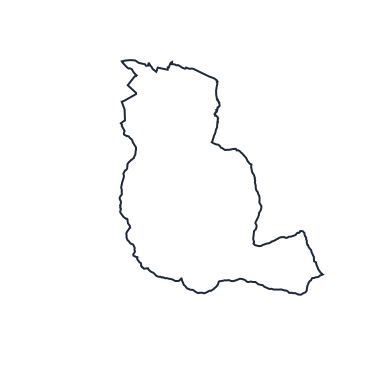 the district of Ojdula, Covasna, Romania, rotated 55°
{"feature_id": "2599482B36842816770363", "entity_name": "Ojdula", "entity_type": "district", "adm_level": 2, "iso_a3": "ROU", "parent_name": "Romania", "parent_adm1": "Covasna", "projection": "orthographic", "projection_center": [26.315, 45.972], "detail": "fine", "context": "isolated", "style": "outline", "palette": "slate", "viewbox_px": 384, "rotation_deg": 55, "n_neighbors": 0, "source": "geoboundaries", "source_scale": "gbopen_adm2", "svg_char_len": 6080}
<svg xmlns="http://www.w3.org/2000/svg" viewBox="0 0 384 384"><g transform="rotate(55 192 192)"><path d="M278.4,244.9L278.6,244.2L280.2,241.6L280.8,241.0L281.7,240.4L282.1,239.8L282.6,237.7L282.9,234.3L283.7,233.3L283.9,232.7L283.8,231.4L284.0,230.2L283.6,228.0L283.6,227.2L283.3,225.5L282.9,224.8L283.0,224.6L282.7,224.0L280.8,221.4L280.8,220.9L282.3,217.9L283.2,215.7L284.2,214.5L285.0,212.9L285.3,212.4L287.3,211.0L288.4,209.7L289.4,207.5L289.5,206.5L290.1,204.7L290.3,203.1L290.7,202.4L291.6,201.3L292.9,200.1L294.7,199.0L296.6,198.6L297.7,198.0L298.2,197.3L299.0,195.3L300.4,194.0L302.1,191.7L305.6,190.6L306.3,190.1L308.8,187.6L311.1,187.1L315.7,184.3L316.9,182.4L319.0,180.8L320.0,179.2L321.4,177.4L322.7,175.3L323.4,174.4L325.7,172.6L327.1,171.1L328.8,170.4L330.4,170.2L331.1,169.3L331.6,168.2L333.0,167.1L334.2,165.3L336.8,163.9L338.1,162.4L338.5,161.8L338.8,160.3L338.7,158.8L339.1,157.6L339.2,156.8L338.9,155.2L338.4,154.4L337.4,153.8L336.6,152.7L336.3,152.6L334.8,150.9L332.8,147.7L332.6,147.0L332.5,145.0L331.5,143.2L331.6,142.7L332.5,141.1L332.7,139.9L334.0,137.5L334.0,136.3L333.9,134.9L334.6,132.2L331.9,132.9L328.0,132.9L322.8,131.7L320.6,130.8L319.3,131.6L318.7,131.7L316.4,130.2L316.0,130.1L315.0,129.4L312.5,129.1L311.8,128.8L310.1,128.7L308.1,127.8L307.4,127.7L306.1,128.0L304.4,128.0L303.2,127.8L302.2,127.4L301.8,127.8L301.4,127.7L299.4,127.1L298.0,126.0L296.2,125.6L294.7,124.6L293.1,124.7L290.9,124.0L290.2,123.4L289.6,123.6L288.2,123.6L287.3,124.1L286.1,125.7L286.1,126.0L286.8,126.8L286.9,127.3L286.8,128.0L285.9,128.9L286.0,130.3L286.6,131.6L286.6,132.0L285.4,136.3L284.2,138.3L284.1,140.1L283.8,140.9L283.2,141.7L282.0,142.2L281.4,142.8L280.9,143.9L280.4,144.4L280.1,144.9L279.4,147.4L279.6,148.3L279.3,149.3L279.2,151.6L279.0,152.5L278.5,154.8L278.2,155.4L278.4,155.7L278.4,156.1L278.3,157.3L278.2,158.1L276.9,161.0L276.4,163.1L276.0,163.9L275.9,166.1L275.0,167.9L272.5,170.2L271.7,170.8L269.8,171.2L269.5,171.2L269.1,170.7L268.8,169.9L265.5,168.8L260.8,164.6L260.1,164.1L259.6,163.4L259.0,160.8L258.2,160.0L257.7,159.2L257.0,158.6L255.6,158.1L254.0,158.0L253.3,157.4L250.6,152.4L249.1,150.3L247.8,149.4L246.5,146.5L245.6,145.1L243.9,143.6L243.4,143.3L239.3,142.9L236.0,140.3L233.8,139.2L231.3,138.8L229.6,138.2L227.9,138.4L225.4,137.6L223.6,136.3L220.0,134.9L219.0,133.7L217.4,133.2L216.7,132.5L213.6,131.5L210.5,131.4L209.9,131.2L205.4,129.2L203.5,127.5L202.7,128.1L201.4,128.6L200.9,128.5L198.4,128.7L195.3,128.1L189.1,128.8L187.5,129.3L186.3,129.4L184.9,129.9L184.2,130.3L183.5,131.6L182.7,131.4L181.7,131.4L181.5,131.9L180.2,133.9L179.6,135.6L179.2,136.1L179.0,137.0L177.5,139.1L176.9,140.3L176.3,141.0L173.6,142.0L172.2,142.9L170.3,142.8L168.5,143.3L167.8,143.8L167.2,144.7L163.8,146.8L162.6,147.2L162.4,146.7L159.3,142.5L158.5,141.7L157.7,140.1L155.9,137.8L154.9,136.9L153.4,134.3L151.4,132.9L151.0,132.3L150.4,131.9L149.9,131.7L149.9,131.1L149.4,130.4L149.2,130.3L148.8,130.5L148.5,130.1L148.0,129.9L147.1,129.0L146.9,128.4L146.6,128.3L146.0,128.4L145.3,128.1L143.6,128.5L143.2,128.7L142.8,129.2L142.4,128.8L142.0,128.9L141.7,128.5L141.0,128.8L140.8,128.3L140.9,127.8L140.4,127.4L140.2,126.9L140.3,126.4L140.5,126.1L140.4,125.7L139.8,125.5L139.8,125.1L139.3,125.2L138.8,125.0L139.1,124.5L139.1,124.2L138.9,123.9L138.6,123.9L138.4,123.2L137.8,123.0L137.5,122.7L137.4,122.0L137.6,121.7L137.4,121.1L137.5,120.6L137.3,120.0L135.6,119.0L134.7,118.9L134.5,118.5L134.1,118.6L133.4,118.3L132.9,118.5L132.8,118.3L131.7,118.0L131.1,118.5L130.4,118.0L130.1,118.3L128.7,117.5L127.1,116.9L122.7,114.1L121.1,112.4L120.4,111.9L118.0,109.3L117.4,108.9L116.3,108.7L116.3,107.8L114.3,107.7L113.7,108.1L112.3,108.4L111.1,109.0L106.9,111.9L92.2,120.1L90.9,121.2L89.7,123.3L88.5,124.3L86.7,125.4L87.2,126.4L86.9,127.1L84.8,128.6L80.3,130.4L79.4,132.0L77.9,132.8L76.5,134.1L75.8,135.1L74.1,133.8L74.0,135.3L74.1,135.7L76.1,138.8L76.7,139.4L76.0,140.3L77.9,141.8L70.5,148.7L73.0,152.3L68.8,153.6L66.0,153.4L64.6,153.6L61.9,153.4L61.8,153.9L63.0,155.2L63.3,155.3L62.2,157.3L60.3,157.3L55.8,161.5L51.8,163.0L49.4,165.8L48.4,167.2L46.0,171.3L44.8,174.4L46.1,174.2L46.2,174.7L53.3,173.6L54.6,173.0L55.1,171.9L56.9,170.9L60.9,171.2L62.4,170.9L63.2,171.0L64.7,170.4L65.0,171.4L64.5,172.4L64.5,172.9L67.7,183.4L78.6,181.0L79.7,181.6L78.5,194.6L77.8,197.8L85.6,199.8L95.0,205.9L94.8,206.9L94.9,210.9L96.9,210.8L97.6,211.6L103.2,212.2L103.8,212.6L104.3,213.6L104.6,214.0L105.8,214.7L106.6,214.5L107.7,213.8L108.8,213.4L109.0,212.9L110.1,212.0L112.3,211.8L114.7,211.3L115.4,211.3L117.3,212.0L123.2,212.3L124.8,213.2L126.3,214.8L128.8,216.9L129.4,218.2L130.5,219.9L130.8,220.2L130.8,221.3L131.0,222.7L130.9,223.8L131.1,224.4L131.2,225.7L131.4,226.8L132.1,228.7L132.3,229.1L132.9,229.4L135.6,231.7L136.1,233.2L136.0,233.7L136.1,234.9L136.6,235.7L137.6,237.7L139.8,238.5L141.0,239.6L142.9,242.1L143.5,243.0L146.6,246.4L148.0,247.6L149.7,248.2L150.8,248.8L151.6,249.6L153.2,250.4L154.0,251.4L154.1,252.4L155.0,254.2L155.8,255.0L157.2,255.4L158.4,255.5L159.6,256.1L160.5,256.8L161.8,258.6L162.4,258.5L163.7,259.9L164.2,259.7L165.0,259.8L167.1,262.3L168.3,262.5L173.0,262.4L176.1,261.4L176.7,260.6L177.5,260.6L178.9,261.5L181.0,262.4L183.2,262.4L184.0,262.3L185.4,263.2L185.8,263.2L185.8,263.9L187.4,268.2L188.5,269.8L190.3,270.6L191.2,271.4L192.1,271.9L194.5,272.4L196.1,272.0L198.3,271.9L199.4,271.7L200.8,270.6L201.5,270.4L204.9,271.0L206.2,272.2L207.9,272.8L208.5,273.6L209.3,275.7L209.9,276.3L210.8,276.3L211.4,276.1L213.3,274.9L214.1,274.1L214.5,274.4L215.0,275.1L215.7,275.4L219.7,275.3L220.8,274.7L222.4,275.3L223.2,276.1L224.6,275.8L224.9,276.1L226.0,275.5L227.0,275.5L227.3,275.3L229.2,271.8L229.5,271.7L230.3,272.1L232.3,271.8L233.8,271.3L235.5,270.3L236.7,269.8L240.3,269.3L242.2,268.1L243.4,266.4L244.7,265.8L245.1,264.8L247.4,263.3L248.0,262.1L250.0,260.5L251.3,259.1L253.0,257.8L255.1,256.9L255.7,256.3L256.2,255.4L256.9,254.6L257.2,253.8L257.3,252.9L256.8,251.1L256.7,250.5L256.9,250.2L259.7,251.2L261.2,251.4L263.3,252.0L265.3,251.5L267.6,251.4L268.4,251.1L271.1,249.4L272.6,247.5L277.0,245.8L278.4,244.9Z" fill="none" stroke="#1e293b" stroke-width="2"/></g></svg>